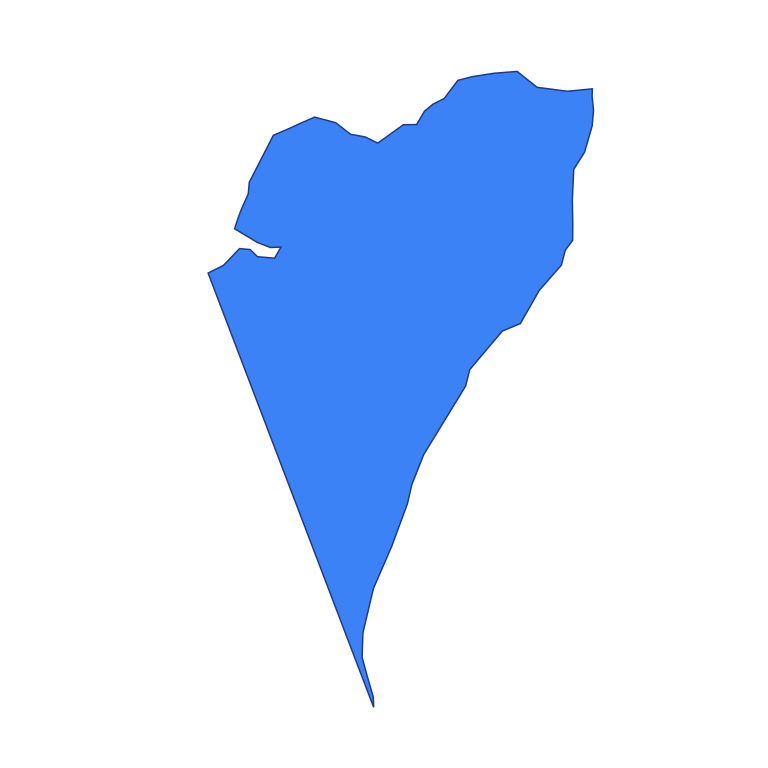 outline of Sapphire, Soufrière, Saint Lucia, rotated 95°
{"feature_id": "8701671B57170093007223", "entity_name": "Sapphire", "entity_type": "district", "adm_level": 2, "iso_a3": "LCA", "parent_name": "Saint Lucia", "parent_adm1": "Soufrière", "projection": "albers", "projection_center": [-61.049, 13.85], "detail": "fine", "context": "isolated", "style": "filled", "palette": "blue", "viewbox_px": 768, "rotation_deg": 95, "n_neighbors": 0, "source": "geoboundaries", "source_scale": "gbopen_adm2", "svg_char_len": 1007}
<svg xmlns="http://www.w3.org/2000/svg" viewBox="0 0 768 768"><g transform="rotate(95 384 384)"><path d="M224.5,208.6L210.3,209.7L204.1,210.3L184.5,212.4L153.6,213.7L135.6,204.4L108.6,199.1L93.1,199.1L85.2,200.6L79.0,201.8L76.7,201.9L71.8,202.1L76.4,226.9L75.1,257.4L65.6,271.7L61.0,278.6L61.8,283.3L64.8,301.2L70.0,322.4L75.1,336.9L79.4,339.6L94.4,348.9L100.9,359.5L108.6,367.4L122.7,374.1L124.0,387.3L144.6,411.2L139.5,424.4L138.7,432.6L138.2,439.0L127.9,454.9L124.2,476.4L130.5,488.0L138.2,501.6L139.5,503.9L140.0,504.9L145.9,515.9L194.8,535.8L206.4,535.8L221.8,541.1L230.8,543.7L241.3,546.1L242.4,546.4L254.0,522.5L257.9,509.2L256.6,498.6L268.2,503.9L268.2,521.2L261.7,529.1L261.7,539.7L279.8,554.3L288.8,568.9L707.0,366.1L700.5,366.9L696.7,367.4L676.1,375.4L658.1,382.0L633.7,383.3L588.6,376.7L544.9,362.1L501.1,350.2L481.8,347.5L450.9,338.3L378.9,302.5L362.1,299.8L320.9,270.7L311.9,253.4L277.2,237.5L250.2,217.7L234.7,215.0L224.5,208.6Z" fill="#3b82f6" stroke="#1e3a8a" stroke-width="1.5"/></g></svg>